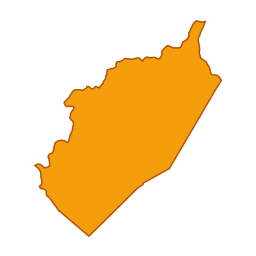 the district of Pindaí, Bahia, Brazil, rotated 182°
{"feature_id": "56859067B7976489676408", "entity_name": "Pindaí", "entity_type": "district", "adm_level": 2, "iso_a3": "BRA", "parent_name": "Brazil", "parent_adm1": "Bahia", "projection": "albers", "projection_center": [-42.662, -14.477], "detail": "fine", "context": "isolated", "style": "filled", "palette": "amber", "viewbox_px": 256, "rotation_deg": 182, "n_neighbors": 0, "source": "geoboundaries", "source_scale": "gbopen_adm2", "svg_char_len": 2278}
<svg xmlns="http://www.w3.org/2000/svg" viewBox="0 0 256 256"><g transform="rotate(182 128 128)"><path d="M163.3,18.5L138.4,44.8L132.3,51.2L120.9,63.4L115.9,68.6L111.2,71.8L110.8,73.5L85.3,88.9L73.4,110.8L48.0,157.9L42.2,168.8L36.3,179.0L37.6,180.9L39.0,182.2L40.1,183.6L42.7,183.9L45.3,184.2L46.9,184.9L47.6,187.2L48.3,190.4L49.7,192.8L51.2,194.7L52.1,197.0L54.3,198.1L55.7,199.1L57.5,200.1L58.6,203.0L59.5,205.9L59.1,209.4L59.7,213.1L60.3,215.5L60.9,217.8L60.9,220.0L60.2,222.0L59.3,224.0L58.8,225.9L57.8,228.5L56.5,231.4L54.5,237.1L56.5,236.5L58.2,236.4L60.3,236.7L63.3,237.5L65.4,235.8L66.6,233.9L67.7,231.4L68.9,229.0L69.5,226.6L70.6,225.3L70.3,223.1L70.7,220.4L72.0,219.1L73.9,217.3L76.0,216.0L77.2,213.0L78.0,210.7L80.5,209.7L82.8,209.8L85.6,209.6L88.5,210.8L91.1,211.8L93.2,210.3L95.1,208.1L96.8,205.9L96.7,202.7L97.5,200.3L99.2,198.3L101.5,198.4L104.2,199.6L106.8,199.3L109.3,199.0L111.4,199.6L114.0,198.2L115.9,195.5L117.5,196.8L119.1,198.3L121.7,198.3L124.2,197.4L126.8,196.7L129.2,197.1L131.2,197.3L133.3,197.4L134.9,196.3L136.4,195.0L139.1,193.9L141.3,193.8L142.3,191.4L141.9,189.5L142.9,188.0L144.8,187.0L146.9,186.9L148.6,186.0L150.7,185.6L151.0,182.9L151.0,180.9L151.9,179.2L152.2,177.4L152.7,175.5L154.1,173.6L154.7,171.5L156.4,169.8L158.0,167.2L160.2,167.8L162.0,168.4L163.3,166.7L164.9,165.7L166.7,166.3L168.0,167.8L170.4,168.2L170.9,166.5L172.9,165.2L174.5,164.0L177.6,164.5L179.8,164.4L182.3,164.5L184.5,162.6L185.8,160.5L187.3,158.0L188.1,156.3L189.6,154.8L191.1,153.1L192.8,151.3L191.8,149.0L190.2,147.4L188.3,147.4L186.1,147.7L184.2,147.7L182.6,146.9L183.3,144.6L185.1,142.2L185.9,139.8L186.1,137.9L186.6,136.0L185.2,134.3L182.9,132.3L182.6,129.2L183.2,127.0L183.6,123.6L185.4,119.5L186.0,116.7L186.6,113.7L187.5,111.7L189.2,111.8L191.0,113.0L193.9,113.4L197.3,112.9L200.3,110.6L200.8,108.8L201.3,105.7L201.9,102.0L202.9,100.2L204.9,99.6L206.1,98.4L206.9,96.6L205.9,94.3L205.2,90.8L205.0,88.5L205.5,86.8L207.7,85.8L210.4,85.3L212.4,87.2L214.8,88.7L217.3,88.7L219.7,87.2L218.1,86.0L216.4,84.8L215.1,83.2L214.2,81.6L213.5,79.9L213.4,77.9L213.2,75.7L212.6,73.1L211.9,70.3L213.0,67.9L214.5,66.8L213.4,64.5L210.8,64.5L208.3,63.0L207.2,61.7L207.5,59.4L206.7,57.3L204.0,55.5L194.2,43.0L163.3,18.5Z" fill="#f59e0b" stroke="#b45309" stroke-width="1.5"/></g></svg>